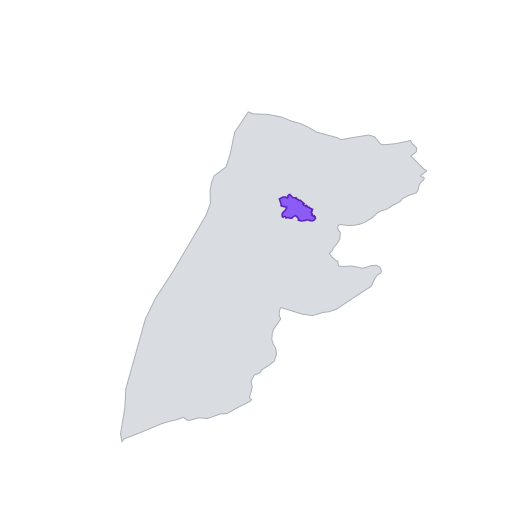 Sanoyeah, Bong, Liberia shown in context, rotated 70°
{"feature_id": "62588387B99544432637290", "entity_name": "Sanoyeah", "entity_type": "district", "adm_level": 2, "iso_a3": "LBR", "parent_name": "Liberia", "parent_adm1": "Bong", "projection": "equal_earth", "projection_center": [-9.896, 7.035], "detail": "fine", "context": "in_parent", "style": "filled", "palette": "violet", "viewbox_px": 512, "rotation_deg": 70, "n_neighbors": 0, "source": "geoboundaries", "source_scale": "gbopen_adm2", "svg_char_len": 4961}
<svg xmlns="http://www.w3.org/2000/svg" viewBox="0 0 512 512"><g transform="rotate(70 256 256)"><path d="M117.9,214.0L121.5,209.9L126.7,197.0L134.1,184.5L140.9,177.1L146.3,169.5L152.0,163.6L160.2,156.8L172.8,138.9L175.7,136.8L177.8,124.5L180.9,108.7L184.5,103.8L193.1,100.9L195.1,98.1L198.1,87.0L200.0,74.1L200.2,71.3L203.6,70.9L209.3,68.1L212.7,69.4L214.1,73.1L214.9,76.3L232.3,68.2L233.8,66.5L234.7,66.8L236.9,74.1L238.2,73.6L239.2,71.5L240.4,71.3L241.8,72.3L243.1,75.7L245.4,78.7L249.1,80.9L251.5,83.8L251.3,91.6L252.2,99.2L253.8,100.9L254.7,105.4L255.1,110.4L256.0,113.0L256.7,118.0L256.4,123.4L257.0,127.1L259.8,133.7L261.5,141.9L261.6,147.7L260.6,153.8L258.7,159.4L255.5,165.5L255.2,167.9L257.1,169.5L260.0,169.8L262.5,168.6L268.7,171.4L271.9,175.4L274.7,180.3L277.3,182.9L278.5,186.0L282.8,185.1L287.9,182.1L289.0,180.7L290.5,181.4L293.8,181.8L296.1,176.3L297.9,170.1L301.8,163.3L303.8,160.7L304.3,156.4L304.5,150.8L305.9,145.9L309.2,143.3L312.7,143.3L314.6,144.3L315.6,149.0L318.4,152.6L320.8,155.0L322.1,156.0L324.1,158.8L326.1,168.3L333.6,198.8L333.2,207.2L331.8,212.8L331.7,218.2L331.2,223.5L326.6,232.2L313.0,250.1L314.1,251.6L317.4,253.7L320.7,254.7L323.4,254.2L326.8,258.6L330.5,264.2L334.3,267.2L339.9,269.7L344.8,270.0L349.0,269.0L354.9,270.1L361.1,274.8L363.4,282.4L364.9,289.1L367.1,292.5L367.4,298.3L371.8,303.4L378.2,304.4L386.4,310.4L388.5,310.0L389.4,309.3L390.4,310.4L392.5,327.6L394.1,336.8L393.3,340.4L392.2,343.3L392.1,357.2L388.4,365.2L387.8,374.0L386.8,376.8L382.8,379.3L382.8,386.1L381.7,394.2L381.3,402.8L382.4,425.4L382.7,442.3L384.5,445.5L376.7,444.1L353.9,431.2L336.4,423.8L277.6,381.7L261.3,364.8L242.4,339.6L200.6,289.0L191.1,280.9L179.0,276.9L171.6,272.6L166.4,268.0L162.1,253.9L151.7,245.6L132.4,233.7L117.9,214.0Z" fill="#d9dde1" stroke="#a8b0b8" stroke-width="1"/><path d="M210.4,214.6L210.7,214.5L211.6,214.6L213.9,214.6L214.3,214.7L215.8,214.7L216.4,214.8L216.5,214.8L216.8,215.1L217.2,215.3L217.5,215.2L217.8,215.0L217.9,214.9L217.9,214.6L218.0,214.4L218.1,214.1L218.6,213.8L219.0,213.5L219.1,213.1L219.1,212.6L219.1,212.1L219.6,211.9L219.9,211.8L220.0,211.7L220.2,211.4L220.3,210.9L220.6,210.5L220.8,210.5L221.0,210.5L221.4,210.8L221.5,210.9L221.9,211.4L222.7,212.7L223.1,213.1L223.5,213.4L223.8,213.9L223.8,214.1L223.7,214.6L223.9,215.0L224.0,215.1L224.4,215.7L224.6,216.3L225.2,216.9L225.4,217.0L225.9,217.3L226.1,217.3L227.0,217.7L227.3,217.7L228.1,217.8L228.6,217.6L228.8,217.0L228.7,216.5L228.7,216.3L228.6,216.1L228.8,215.5L228.8,215.3L229.5,214.9L230.2,214.8L230.4,214.9L230.6,214.3L230.6,214.2L230.8,213.7L230.7,213.2L230.8,212.7L231.1,212.4L231.7,211.8L232.0,211.1L232.2,210.8L232.3,210.6L232.4,210.3L232.7,209.6L232.6,209.0L232.4,208.5L232.2,208.3L232.0,208.1L231.9,207.9L231.8,207.7L231.6,206.1L231.6,205.9L231.6,205.2L232.3,204.7L233.3,204.2L234.0,203.7L234.8,203.4L235.2,203.5L235.6,203.2L236.2,203.1L236.6,204.0L237.1,203.6L237.4,203.0L238.2,202.3L238.5,201.3L238.8,200.6L239.0,200.2L239.0,199.2L239.3,198.4L239.5,197.9L239.4,197.3L239.4,197.0L239.5,196.3L239.7,195.3L240.0,194.5L240.2,194.2L241.0,193.6L241.7,192.3L242.2,191.2L242.3,190.5L242.3,190.4L242.2,189.8L242.2,189.3L241.7,188.3L241.1,187.5L240.9,187.2L240.7,187.4L240.6,187.5L240.5,187.4L240.3,187.3L240.2,187.3L240.0,187.2L239.9,187.1L239.4,187.0L239.2,187.6L238.9,187.8L238.8,187.7L238.5,187.5L238.4,187.5L238.1,187.5L238.1,187.8L238.0,188.2L238.0,188.6L238.0,188.8L237.5,188.8L237.2,189.1L236.9,189.4L236.7,189.6L236.3,188.8L236.1,188.7L235.9,189.0L235.5,189.2L235.4,189.2L235.0,188.8L234.9,188.8L234.6,188.9L234.4,189.1L234.2,189.2L233.9,189.0L233.7,189.1L233.4,189.0L233.3,188.9L233.1,188.2L232.9,187.8L232.7,187.7L232.2,187.7L231.9,187.5L231.8,187.4L231.7,187.4L231.6,187.0L231.5,186.9L231.0,187.7L230.6,187.7L230.5,187.8L229.9,188.6L229.6,189.0L229.5,188.9L229.4,189.0L229.1,188.9L228.8,189.1L228.2,189.4L228.2,190.3L227.9,190.6L227.7,190.7L227.3,191.1L226.9,191.0L226.7,191.3L226.2,191.0L225.5,191.6L225.6,191.8L225.9,192.4L225.9,192.5L225.5,192.8L225.3,192.9L224.7,193.6L224.4,193.8L224.3,194.0L224.0,194.0L223.9,194.0L223.6,193.6L223.3,193.8L223.2,193.9L223.0,194.0L222.8,193.8L222.8,193.6L222.8,193.1L222.7,193.2L221.8,193.6L221.1,194.0L220.7,194.2L220.3,194.4L220.2,194.5L218.5,195.6L218.5,195.9L218.5,196.1L218.6,196.6L218.4,196.8L217.8,197.0L217.4,197.0L217.2,197.2L217.2,197.3L217.1,197.6L216.8,197.7L216.4,198.1L216.1,198.3L215.6,198.2L215.5,198.5L215.4,198.7L215.1,198.6L214.9,198.5L214.8,198.9L214.7,199.0L214.5,199.8L214.4,200.2L214.2,200.6L214.0,200.9L213.7,201.3L213.5,201.5L213.4,201.5L212.8,201.9L212.5,202.0L212.4,202.0L212.2,202.0L211.4,202.4L210.5,202.8L210.3,202.9L209.7,203.1L209.8,204.5L210.0,204.9L210.2,205.4L210.5,205.6L210.8,205.6L211.4,205.5L211.4,205.8L211.6,206.3L211.8,206.6L212.1,206.8L211.9,207.2L211.3,207.6L210.7,208.1L210.5,208.4L210.1,209.3L210.1,209.5L209.9,210.7L209.9,211.0L209.9,211.9L210.1,212.2L210.1,212.8L210.3,213.8L210.4,214.6Z" fill="#8b5cf6" stroke="#5b21b6" stroke-width="1.5"/></g></svg>